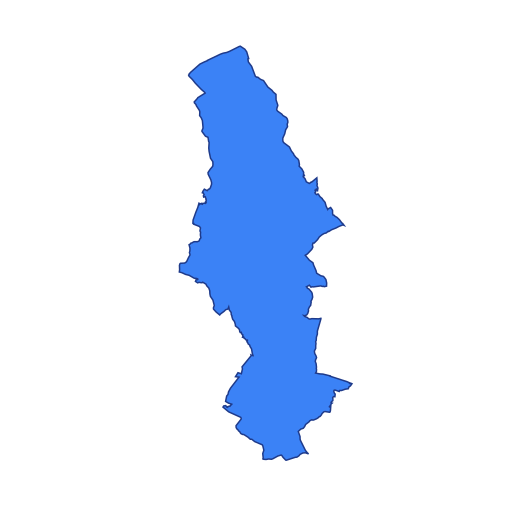 outline of Slivilesti, Gorj, Romania, rotated 222°
{"feature_id": "2599482B46387376395238", "entity_name": "Slivilesti", "entity_type": "district", "adm_level": 2, "iso_a3": "ROU", "parent_name": "Romania", "parent_adm1": "Gorj", "projection": "orthographic", "projection_center": [23.089, 44.793], "detail": "fine", "context": "isolated", "style": "filled", "palette": "blue", "viewbox_px": 512, "rotation_deg": 222, "n_neighbors": 0, "source": "geoboundaries", "source_scale": "gbopen_adm2", "svg_char_len": 6140}
<svg xmlns="http://www.w3.org/2000/svg" viewBox="0 0 512 512"><g transform="rotate(222 256 256)"><path d="M402.7,402.2L408.1,401.4L408.7,400.4L412.7,390.2L414.0,387.6L416.1,384.8L417.5,382.2L423.0,368.9L422.8,368.7L424.2,365.8L426.1,361.1L427.5,349.0L427.5,346.5L427.1,346.0L427.1,345.3L426.0,344.8L421.4,344.6L416.6,343.8L408.0,343.2L403.6,343.3L402.8,343.0L405.2,334.8L405.0,334.0L405.0,329.1L404.4,328.9L404.2,328.6L401.9,328.4L401.0,327.8L395.4,326.3L394.2,325.5L391.8,322.6L389.3,322.1L386.5,320.8L381.5,316.2L380.7,315.1L380.1,313.1L379.5,312.4L373.7,311.2L371.1,312.1L367.8,309.4L366.9,309.1L363.3,304.6L360.9,302.4L355.2,298.2L351.2,297.2L349.2,295.2L348.2,293.7L348.1,290.0L347.5,285.9L346.3,284.8L340.5,282.4L338.1,280.8L337.0,279.5L335.6,276.2L335.4,274.7L336.0,273.8L336.0,271.9L339.1,271.1L338.8,268.8L338.2,267.1L337.4,267.5L335.6,266.9L335.4,265.5L334.3,264.8L333.6,266.1L333.2,266.1L332.7,265.6L331.0,264.9L330.9,264.3L330.0,263.9L329.7,263.4L329.7,262.4L329.0,262.3L329.2,261.9L328.7,261.6L328.8,261.2L329.5,261.1L329.6,260.7L330.7,259.5L330.5,258.5L330.7,258.4L331.0,259.0L331.6,258.8L332.3,257.6L332.4,256.7L333.1,257.2L333.7,257.1L331.7,253.0L330.0,248.3L326.8,240.6L324.8,238.1L324.1,238.5L323.7,237.9L317.8,240.1L316.0,239.7L314.4,237.1L313.2,236.7L311.4,234.4L309.1,232.6L309.1,230.9L308.4,229.4L308.5,228.7L309.2,227.3L311.1,225.7L311.9,224.6L312.3,223.0L313.0,222.0L312.9,220.9L313.3,219.6L310.4,217.7L308.5,215.5L307.7,213.9L306.2,213.1L305.6,212.2L305.2,210.0L303.9,205.7L303.9,204.2L304.4,202.9L307.3,200.0L307.3,199.2L306.6,197.8L303.6,194.7L302.3,192.8L299.9,194.0L296.0,195.2L292.8,196.9L287.2,198.1L285.5,199.0L285.6,199.3L284.1,200.0L283.7,199.9L283.6,199.3L284.6,198.5L284.0,196.6L281.4,197.0L280.7,198.3L278.8,199.5L278.0,200.4L278.0,200.9L274.3,201.6L272.7,200.9L269.6,200.6L267.1,199.2L264.9,197.0L262.9,195.5L258.5,194.4L253.9,191.3L252.9,188.9L252.0,188.1L248.2,187.7L243.5,187.9L243.6,189.1L242.7,193.5L242.6,195.9L241.4,197.7L242.2,199.9L239.6,198.0L236.7,197.4L235.1,195.8L234.0,195.5L233.3,194.8L231.0,193.4L228.2,192.9L225.7,191.4L224.5,190.3L220.4,190.5L218.9,190.1L217.6,189.0L216.5,188.6L216.0,188.9L215.8,189.4L214.5,188.5L213.1,188.6L212.9,188.1L211.6,187.6L211.8,187.1L211.5,186.9L211.5,186.7L210.7,187.1L210.6,187.4L209.6,186.9L208.8,187.2L207.8,187.0L206.7,187.0L206.1,187.7L205.6,187.2L205.4,186.2L204.3,186.1L202.9,185.4L201.2,185.6L199.7,184.7L197.2,184.0L193.5,181.1L191.6,180.0L192.6,179.3L193.4,179.1L192.9,178.8L192.2,164.3L190.5,163.0L188.1,158.7L191.3,157.2L190.5,152.6L187.6,154.6L186.5,140.6L185.5,136.6L184.2,134.4L184.1,132.3L181.3,127.6L178.1,128.2L174.8,129.7L174.7,129.5L175.0,127.8L174.8,126.9L175.2,126.7L176.2,125.2L175.8,124.5L176.6,124.1L178.4,124.6L179.7,122.9L179.4,121.6L172.0,121.9L159.4,125.9L158.3,125.4L157.9,124.8L157.3,116.6L156.2,115.4L154.7,114.7L153.3,114.8L152.1,114.4L150.5,114.5L148.6,113.9L146.8,114.3L145.5,115.2L140.7,116.0L137.6,116.0L136.5,117.0L132.8,117.2L124.9,119.9L123.8,119.4L120.2,116.9L118.8,113.7L115.7,110.9L115.1,109.8L114.4,110.0L112.4,111.5L110.8,113.6L108.5,115.3L107.8,116.6L105.9,122.0L104.2,124.8L103.6,125.1L101.3,124.5L97.3,124.2L96.8,124.6L92.1,132.7L91.0,133.9L90.4,136.2L90.5,138.1L89.4,140.9L87.6,142.8L84.5,144.1L86.3,144.1L89.2,144.6L99.3,148.6L100.6,149.3L102.5,151.3L107.2,153.9L106.9,157.3L105.6,159.6L105.7,161.7L106.4,164.0L105.6,168.5L105.8,169.5L104.9,171.7L103.9,172.1L103.3,173.0L102.1,175.5L101.5,177.6L101.5,178.9L101.0,179.7L101.1,181.8L101.5,183.1L101.3,185.7L100.5,186.7L96.8,189.1L96.6,189.7L97.3,191.0L100.1,194.6L100.5,192.4L100.9,195.7L101.2,196.4L101.0,197.6L101.9,197.2L102.2,197.4L102.4,198.5L102.1,199.9L103.2,201.2L104.3,202.1L104.3,203.4L103.2,204.2L104.8,206.4L106.0,206.5L107.8,207.6L108.1,208.6L107.5,209.3L103.5,211.0L103.8,212.1L102.5,213.2L100.5,216.8L98.6,219.1L99.3,220.7L98.9,222.7L99.2,225.3L100.5,224.9L100.7,224.2L101.2,223.9L101.5,224.4L104.0,223.6L120.4,216.3L120.6,216.6L127.3,213.0L129.8,211.0L133.4,208.9L133.8,210.6L135.2,212.3L135.8,212.6L136.7,213.9L139.3,216.2L141.4,217.3L142.2,218.6L143.0,221.0L144.7,222.0L147.2,222.9L149.0,224.4L149.8,227.3L151.7,229.4L152.8,231.0L154.4,232.3L154.8,233.6L156.8,236.1L158.1,239.0L160.1,241.2L165.8,252.9L166.1,253.1L167.3,251.3L172.6,246.8L173.8,245.1L175.0,244.6L176.8,244.6L179.3,243.7L180.5,243.8L179.8,244.2L178.9,246.1L179.1,247.9L180.2,250.3L181.5,251.5L182.3,254.2L182.3,255.8L184.1,258.6L184.9,259.2L185.4,261.3L186.4,263.4L189.0,265.6L190.3,266.3L194.6,266.9L196.2,266.4L197.1,266.9L197.9,266.9L196.8,270.0L194.3,269.6L193.7,270.7L192.6,271.5L187.8,277.2L186.4,277.7L185.7,278.6L184.8,278.8L183.4,280.8L185.4,283.2L188.3,285.3L191.3,285.9L192.4,285.9L194.6,284.7L199.4,283.8L201.6,285.3L207.1,287.8L209.2,289.1L213.5,288.6L219.9,289.5L219.2,291.8L219.0,298.3L219.7,300.7L221.4,301.9L222.3,303.7L221.4,304.6L221.2,309.3L221.7,312.4L221.3,315.4L220.5,318.2L219.2,320.2L218.9,322.7L218.3,322.8L217.4,326.1L215.3,330.3L214.1,333.6L212.2,337.3L211.1,337.7L213.5,338.2L214.4,338.0L218.2,338.8L221.6,338.9L224.0,338.4L225.4,338.5L226.1,338.0L227.4,338.7L229.7,341.2L233.0,342.0L234.0,339.0L233.9,338.6L237.1,339.9L240.6,342.1L244.6,342.7L245.2,343.0L248.2,342.9L250.8,343.6L251.5,343.6L251.5,343.2L252.0,342.2L253.6,342.1L254.6,342.5L254.6,343.8L256.1,344.4L255.8,345.0L256.0,346.1L255.4,346.6L254.6,345.6L254.0,345.7L255.4,347.9L258.0,349.3L258.6,350.5L260.3,351.7L260.5,352.3L263.1,354.8L264.1,348.1L264.5,347.9L264.9,345.6L268.2,344.8L271.4,346.3L273.7,346.4L274.2,346.8L273.8,348.1L274.8,348.5L275.0,348.1L276.6,350.1L280.3,351.4L284.0,351.6L284.9,353.0L288.0,355.5L289.7,356.1L292.4,356.0L295.4,356.5L296.6,357.1L300.0,357.7L304.1,359.4L310.9,358.8L312.5,359.1L313.6,360.0L315.0,361.6L316.4,366.0L318.4,369.6L319.1,373.2L321.1,374.9L321.6,376.4L322.7,377.6L324.5,378.8L326.1,379.2L330.0,378.4L331.7,378.7L336.8,378.1L338.0,378.3L338.7,378.8L339.6,380.3L340.4,382.3L340.8,382.7L345.5,385.4L349.3,389.5L353.0,389.4L354.9,389.8L360.3,389.5L367.8,391.4L370.9,390.3L374.4,390.1L374.8,389.4L376.7,389.1L386.1,394.0L391.5,395.1L393.9,397.0L393.5,397.8L399.5,401.5L402.7,402.2Z" fill="#3b82f6" stroke="#1e3a8a" stroke-width="1.5"/></g></svg>